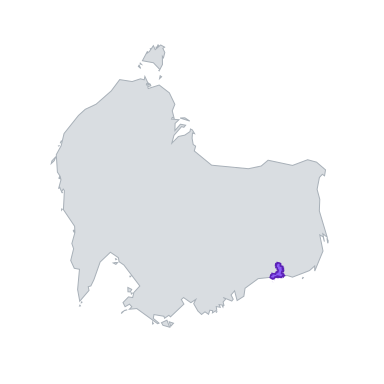 Port Hedland, Western Australia, Australia shown in context, rotated 192°
{"feature_id": "25037944B61185375235969", "entity_name": "Port Hedland", "entity_type": "district", "adm_level": 2, "iso_a3": "AUS", "parent_name": "Australia", "parent_adm1": "Western Australia", "projection": "orthographic", "projection_center": [118.535, -20.793], "detail": "fine", "context": "in_parent", "style": "filled", "palette": "violet", "viewbox_px": 384, "rotation_deg": 192, "n_neighbors": 0, "source": "geoboundaries", "source_scale": "gbopen_adm2", "svg_char_len": 6643}
<svg xmlns="http://www.w3.org/2000/svg" viewBox="0 0 384 384"><g transform="rotate(192 192 192)"><path d="M283.6,72.8L286.0,93.0L291.3,92.9L296.4,99.8L296.0,111.9L298.8,116.6L298.1,127.9L299.7,134.1L314.1,148.0L317.1,166.8L318.6,168.1L319.6,165.1L322.3,169.0L323.2,167.5L322.7,176.7L324.1,179.8L327.8,183.5L332.5,200.3L329.6,210.1L329.3,222.6L318.9,243.4L313.6,250.7L304.0,258.0L292.0,274.1L286.1,286.9L273.5,287.6L265.9,292.0L262.1,291.8L262.1,295.2L257.8,289.5L259.0,288.5L258.9,287.3L257.9,287.1L255.3,288.8L254.3,287.3L257.2,285.8L256.3,284.1L246.3,289.8L234.8,284.3L227.0,274.2L228.2,267.3L224.8,260.4L226.8,260.9L227.2,259.0L219.8,260.0L222.8,255.6L221.5,248.5L217.4,255.9L212.1,256.0L213.4,253.6L215.8,253.8L221.4,243.7L221.9,235.5L216.8,243.5L210.9,246.1L206.5,250.7L206.6,253.3L204.6,252.8L201.6,249.6L203.8,249.8L203.1,244.6L200.7,238.7L198.0,237.6L198.3,232.6L178.4,222.3L141.7,226.5L129.7,231.8L124.2,238.9L99.2,238.9L85.6,247.6L76.4,247.1L66.0,241.4L65.7,235.4L68.2,236.4L70.4,232.7L70.2,220.6L65.5,211.4L63.5,199.9L50.4,175.9L55.4,178.4L52.2,171.0L54.4,175.4L58.1,176.6L51.6,161.5L55.5,140.2L56.6,145.2L60.7,139.6L76.0,129.6L81.4,130.1L109.3,121.0L120.1,108.9L119.6,100.8L125.3,95.2L129.8,104.2L132.4,99.4L129.4,95.7L130.4,93.6L139.6,95.3L136.7,94.4L138.7,90.9L137.2,87.8L142.1,87.5L140.4,85.1L144.5,85.0L143.2,81.6L146.9,78.0L147.1,80.2L150.0,80.1L150.4,75.8L154.4,77.5L157.2,74.2L161.5,76.8L167.1,83.1L165.9,87.8L170.1,83.5L178.3,87.0L180.1,84.6L176.6,80.7L187.1,65.4L189.0,66.6L192.6,62.8L193.6,64.6L203.7,64.2L203.6,60.3L197.0,56.9L198.2,56.0L221.8,66.5L228.9,64.3L227.0,67.2L229.8,69.3L233.6,65.9L236.5,69.5L232.3,76.2L228.1,76.4L228.0,81.6L223.5,89.2L243.4,106.4L248.9,108.7L250.3,112.4L259.3,116.1L267.3,104.4L269.7,85.9L271.4,79.1L273.8,77.8L272.3,74.3L279.1,61.8L283.6,72.8ZM248.9,305.1L256.6,310.4L267.8,310.1L264.8,320.5L264.8,318.5L262.9,320.5L260.2,327.1L257.6,323.6L253.2,329.3L248.9,328.0L250.4,326.4L247.6,322.8L247.8,317.3L249.2,318.6L247.4,310.6L248.9,305.1ZM185.7,55.1L192.7,55.6L194.7,57.8L189.9,61.4L185.7,55.1ZM208.9,260.9L219.0,261.9L214.4,263.1L208.9,260.9ZM233.9,81.1L234.9,85.3L230.7,84.2L231.6,81.4L233.9,81.1ZM332.4,198.4L333.3,193.9L335.6,190.5L335.5,193.3L332.4,198.4ZM267.9,302.2L270.6,303.7L270.1,305.1L267.9,302.2ZM184.9,56.2L187.2,60.3L182.8,59.8L184.9,56.2ZM247.3,299.1L245.7,298.4L247.3,296.1L247.3,299.1ZM254.3,106.2L252.2,107.1L250.1,107.5L251.4,105.4L254.3,106.2ZM50.4,174.9L48.7,172.7L48.4,170.6L48.7,170.5L50.4,174.9ZM269.0,306.4L269.8,307.6L267.9,306.3L269.0,306.4ZM323.8,177.5L325.1,177.8L324.7,179.8L323.8,177.5ZM298.6,127.8L300.1,129.4L299.7,130.0L298.6,127.8ZM256.2,327.2L255.8,328.9L254.9,328.2L256.2,327.2ZM331.1,212.2L330.5,214.7L330.4,214.6L331.1,212.2ZM203.5,56.4L202.4,55.2L203.1,54.7L203.5,56.4ZM235.5,59.9L233.7,61.7L235.9,58.4L235.5,59.9ZM332.1,209.3L331.2,210.0L331.9,209.2L332.1,209.3ZM235.3,96.7L234.3,97.0L234.9,96.1L235.3,96.7ZM230.5,80.7L229.3,80.7L230.1,79.6L230.5,80.7ZM66.1,129.9L65.8,131.5L65.3,131.4L66.1,129.9ZM277.3,60.6L277.1,62.0L276.7,60.9L277.3,60.6ZM257.7,287.7L257.7,288.5L257.5,288.2L257.7,287.7ZM233.3,62.2L230.9,63.3L233.4,61.9L233.3,62.2ZM143.4,79.6L142.5,80.5L143.1,79.4L143.4,79.6ZM257.3,326.2L256.6,326.4L257.1,325.8L257.3,326.2ZM252.9,110.8L251.7,110.6L252.4,109.9L252.9,110.8ZM138.5,86.7L137.8,87.2L137.8,85.9L138.5,86.7ZM262.6,323.5L261.7,323.8L262.3,323.0L262.6,323.5ZM278.3,57.1L278.1,58.0L277.5,57.4L278.3,57.1ZM256.9,288.7L257.5,289.6L256.3,289.1L256.9,288.7ZM316.0,148.3L315.3,148.2L315.8,147.2L316.0,148.3ZM319.0,164.8L318.6,164.7L319.1,163.9L319.0,164.8ZM249.7,303.9L249.2,304.5L249.3,303.7L249.7,303.9Z" fill="#d9dde1" stroke="#a8b0b8" stroke-width="1"/><path d="M90.5,140.4L91.8,140.4L91.8,140.7L93.8,140.7L93.7,140.4L93.7,140.0L94.2,140.0L94.2,139.2L95.1,139.3L95.1,137.9L94.6,137.9L94.7,137.1L94.1,137.1L94.1,136.5L94.2,135.5L92.9,135.5L92.4,134.4L92.5,134.2L92.5,133.9L92.4,133.7L92.2,133.6L91.4,133.5L91.4,131.7L92.4,131.7L92.4,131.2L92.3,130.9L93.1,130.9L93.1,129.4L93.7,129.4L93.6,129.0L95.2,129.0L96.8,129.0L96.8,127.2L97.7,127.2L97.7,124.5L97.5,124.4L97.4,124.3L97.4,124.2L97.4,124.3L97.2,124.3L97.1,124.2L96.9,124.2L96.7,124.1L96.4,124.0L96.2,124.1L96.3,124.1L95.9,124.0L95.9,123.9L95.6,123.9L95.4,123.8L95.2,123.7L95.1,123.8L95.1,124.1L95.4,124.3L95.1,124.3L95.0,124.2L94.9,124.0L94.7,123.8L94.4,123.9L94.4,124.0L94.5,124.0L94.3,124.3L94.2,124.3L93.9,124.4L94.0,124.4L93.7,124.4L93.6,124.9L93.4,125.2L93.3,125.3L92.9,125.5L92.7,125.9L92.7,126.0L92.8,126.2L92.7,126.2L92.8,126.3L92.7,126.2L92.8,126.1L92.7,126.1L92.4,126.2L92.4,126.3L92.5,126.3L92.4,126.3L92.5,126.5L92.4,126.4L92.3,126.5L92.3,126.4L92.2,126.5L92.3,126.5L92.2,126.5L91.9,126.5L91.3,126.8L91.2,126.8L91.3,126.8L91.2,126.9L91.2,127.0L91.2,126.9L91.0,126.7L90.9,126.6L90.6,126.7L90.4,126.7L90.4,126.8L90.6,126.9L90.9,126.9L90.7,126.9L90.8,127.0L90.7,126.9L90.7,127.0L90.5,126.9L90.5,127.0L90.4,126.9L90.4,127.0L90.4,126.9L90.3,127.0L90.3,126.9L90.4,126.7L90.1,126.7L90.3,126.7L90.2,126.7L90.2,126.8L90.1,126.7L89.9,126.9L90.0,126.9L89.9,127.0L89.9,126.9L89.7,126.9L89.7,127.0L89.8,127.0L89.7,127.0L89.5,126.9L89.5,127.0L89.4,127.0L89.4,126.9L89.2,127.0L88.9,127.0L88.7,127.1L88.7,126.9L88.5,127.0L88.2,127.0L88.4,127.1L88.2,127.2L87.9,127.2L88.0,127.3L87.9,127.2L87.6,127.2L87.5,127.4L87.5,127.5L87.5,127.3L87.3,127.3L87.3,127.2L87.5,127.2L87.4,127.1L87.5,127.2L87.4,127.1L87.5,127.1L87.5,126.9L87.4,126.9L87.2,127.1L86.8,127.4L86.8,127.5L86.8,127.4L86.5,127.6L86.4,127.6L86.3,127.8L86.1,127.9L85.9,128.1L85.6,128.1L85.5,128.4L85.4,128.5L85.5,128.5L85.6,128.4L85.6,128.5L85.7,128.4L85.6,128.5L85.8,128.5L85.7,128.5L85.8,128.5L85.7,128.6L85.8,128.6L85.7,128.7L85.7,128.8L85.7,128.7L85.6,128.8L85.5,128.7L85.4,128.6L85.4,128.8L85.2,128.8L85.3,128.8L85.2,128.7L85.1,128.8L85.2,128.7L85.0,128.8L85.0,129.0L85.1,128.9L85.2,129.0L85.1,128.9L85.1,129.0L84.9,129.1L84.5,129.4L84.4,129.5L84.2,129.6L84.3,129.7L85.4,129.7L85.4,130.7L86.1,130.7L86.1,131.0L86.5,131.0L87.1,130.8L87.4,130.8L87.4,131.2L87.2,131.2L87.2,131.4L87.6,131.4L87.6,131.8L87.6,133.1L86.1,133.1L86.1,134.4L86.5,134.4L86.5,134.9L87.1,134.9L87.1,135.3L86.9,135.3L86.9,135.9L86.7,135.9L86.7,136.4L87.2,136.4L87.2,135.6L87.6,135.6L87.6,136.5L87.8,136.5L87.8,136.8L87.5,136.8L87.5,137.5L88.0,137.5L88.0,138.1L88.9,138.1L88.9,137.9L89.9,137.9L89.9,138.2L90.3,138.2L90.3,138.8L90.1,138.8L90.1,139.1L90.5,139.1L90.5,140.4ZM89.9,126.8L90.1,126.7L89.9,126.7L89.9,126.8ZM84.8,128.6L85.0,128.4L84.8,128.5L84.8,128.6ZM84.2,129.0L84.3,129.0L84.2,129.0L84.2,129.0ZM92.9,123.2L93.0,123.2L92.9,123.2L92.9,123.2ZM94.5,120.7L94.5,120.8L94.5,120.7L94.5,120.7Z" fill="#8b5cf6" stroke="#5b21b6" stroke-width="1.5"/></g></svg>